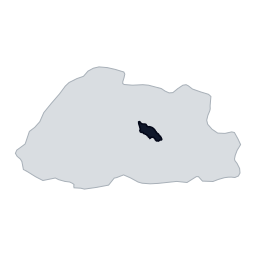 location of Chhume, Bumthang, Bhutan
{"feature_id": "84629894B49965990869274", "entity_name": "Chhume", "entity_type": "district", "adm_level": 2, "iso_a3": "BTN", "parent_name": "Bhutan", "parent_adm1": "Bumthang", "projection": "mercator", "projection_center": [90.767, 27.465], "detail": "fine", "context": "in_parent", "style": "filled", "palette": "ink", "viewbox_px": 256, "rotation_deg": 0, "n_neighbors": 0, "source": "geoboundaries", "source_scale": "gbopen_adm2", "svg_char_len": 4820}
<svg xmlns="http://www.w3.org/2000/svg" viewBox="0 0 256 256"><path d="M210.2,108.9L209.8,110.7L207.9,115.3L206.7,120.2L207.7,124.3L212.0,129.2L217.7,133.1L225.0,133.4L231.7,131.9L234.4,132.5L238.0,139.0L240.6,144.6L237.1,150.4L235.2,155.4L234.5,159.0L234.9,160.6L237.1,163.5L239.6,168.5L240.0,173.0L238.4,176.0L234.9,177.5L231.2,177.1L228.2,177.2L224.4,177.7L218.4,179.4L212.9,181.5L202.5,181.1L198.4,176.6L196.4,176.6L187.0,182.5L176.7,181.4L158.0,183.4L150.1,183.8L142.1,183.2L138.0,182.0L130.5,177.9L123.6,174.9L116.6,177.6L114.2,178.1L108.6,185.1L96.5,187.4L84.4,189.1L80.8,188.2L74.0,187.8L73.8,186.1L74.0,184.5L72.4,183.3L69.7,182.0L64.9,181.4L58.8,179.7L55.3,178.0L42.9,180.5L35.7,176.8L27.5,171.7L23.4,169.5L21.9,161.6L20.4,159.1L17.2,156.4L15.4,153.3L16.8,150.1L25.0,144.1L25.6,142.7L29.4,131.4L34.7,127.4L39.8,121.7L43.8,112.6L51.3,103.4L59.6,93.8L65.3,86.1L69.1,82.5L76.9,78.6L83.5,76.3L88.0,71.1L93.4,68.2L99.0,66.9L107.3,67.6L115.2,69.4L123.8,72.0L124.8,74.1L124.0,77.8L122.8,81.6L122.7,83.5L124.1,84.5L132.5,85.2L142.8,84.7L148.5,85.2L161.4,88.6L165.1,91.1L169.1,92.9L172.9,92.6L177.8,88.6L182.9,85.2L186.1,84.7L188.3,85.8L192.4,89.0L200.9,92.0L208.5,94.3L210.9,96.5L210.1,105.8L210.2,108.9Z" fill="#d9dde1" stroke="#a8b0b8" stroke-width="1"/><path d="M138.6,121.9L138.6,122.3L138.7,122.5L138.7,123.0L138.7,123.3L138.7,123.5L138.8,123.8L138.8,124.0L138.9,124.3L139.1,124.5L139.2,124.9L139.3,125.0L139.2,125.2L139.2,125.3L139.3,125.5L139.4,125.9L139.4,126.0L139.5,126.1L139.6,126.3L139.7,126.5L139.8,126.6L139.9,126.9L139.9,127.0L139.8,127.3L139.8,127.5L140.0,127.8L140.0,128.1L140.1,128.3L140.2,128.5L140.3,128.6L140.2,128.7L140.2,129.0L140.3,129.4L140.4,129.7L140.4,129.8L140.1,129.9L139.9,130.1L139.8,130.3L140.0,130.6L140.0,130.8L140.0,131.1L140.1,131.3L140.2,131.5L140.3,131.7L140.3,131.8L140.5,132.0L141.1,132.3L141.3,132.3L141.5,132.4L141.8,132.4L142.1,132.3L142.3,132.3L142.5,132.3L143.0,132.5L143.3,132.6L143.3,132.8L143.2,132.9L143.2,133.0L143.3,133.1L143.4,133.3L143.5,133.4L143.7,133.5L143.9,133.6L144.2,133.6L144.4,133.8L144.6,133.8L145.3,133.9L145.5,134.3L145.8,134.4L146.1,134.4L146.5,134.5L146.6,134.8L146.9,135.0L147.0,135.2L147.0,135.3L147.1,135.5L147.3,135.5L147.5,135.5L147.8,135.8L147.9,136.0L148.0,136.1L148.2,136.3L148.2,136.5L148.3,136.8L148.5,136.9L148.7,137.0L148.9,137.3L149.0,137.4L149.3,137.4L149.5,137.4L149.5,137.5L149.6,137.9L149.6,138.0L149.9,138.4L150.0,138.3L150.3,138.2L150.5,138.1L150.5,137.9L150.6,137.7L150.9,137.4L151.0,137.4L151.4,137.3L151.5,137.2L151.7,137.3L151.8,137.2L152.2,137.2L152.4,137.2L152.7,137.2L152.8,137.3L153.0,137.3L153.3,137.3L153.6,137.4L153.9,137.6L154.0,137.8L154.2,138.2L154.4,138.3L154.6,138.4L154.8,138.5L155.1,138.8L155.0,139.0L155.1,139.3L155.2,139.6L155.3,139.6L155.5,139.9L155.6,140.1L155.8,140.2L156.0,140.3L156.2,140.6L156.3,140.7L156.4,140.9L156.6,140.9L156.8,140.9L156.9,140.7L157.0,140.6L157.4,140.6L157.6,140.6L157.8,140.7L157.9,140.8L158.0,140.9L158.1,141.1L158.3,141.1L158.6,141.0L158.7,140.9L158.9,140.8L158.9,140.7L159.0,140.6L159.2,140.4L159.4,140.3L159.5,140.3L159.5,140.2L159.8,140.1L160.0,139.9L160.4,139.9L160.6,139.9L160.8,139.9L161.0,139.9L161.5,139.9L161.6,139.7L161.7,139.4L161.8,139.2L161.7,139.0L161.7,138.9L161.5,138.7L161.4,138.4L161.3,138.2L161.2,137.9L161.1,137.6L161.1,137.4L160.9,137.2L160.7,137.1L160.6,136.9L160.5,136.7L160.4,136.5L160.4,136.4L160.1,136.4L160.0,136.2L159.9,136.0L159.8,135.9L159.7,135.9L159.4,135.8L159.3,135.7L159.2,135.6L159.2,135.4L159.1,135.2L158.9,135.1L158.8,134.8L158.8,134.6L158.7,134.5L158.7,134.4L158.4,134.2L158.2,133.8L158.0,133.7L157.9,133.7L157.7,133.7L157.4,133.5L157.3,133.4L157.2,133.2L157.0,132.9L156.9,132.8L156.7,132.7L156.4,132.7L156.3,132.4L156.1,132.3L156.1,132.2L156.2,131.8L156.1,131.7L155.9,131.5L155.7,131.4L155.5,131.1L155.4,131.0L155.3,130.9L155.2,130.5L155.0,130.4L154.9,130.2L154.8,129.9L154.7,129.9L154.3,129.6L154.2,129.3L154.2,129.2L153.9,129.0L153.8,128.9L153.7,128.7L153.4,128.6L153.2,128.4L153.0,128.1L152.8,127.9L152.6,127.9L152.4,127.8L152.2,127.6L151.9,127.4L151.6,127.3L151.4,127.2L150.9,127.1L150.6,127.0L150.4,126.9L150.1,126.8L149.9,126.7L149.7,126.7L149.3,126.7L148.8,126.7L148.6,126.8L148.4,126.8L148.0,126.7L147.8,126.6L147.6,126.6L147.4,126.5L147.3,126.3L147.2,126.3L147.2,126.1L146.9,126.0L146.8,125.9L146.7,125.8L146.6,125.7L146.4,125.1L146.2,124.7L146.0,124.4L145.7,124.3L145.5,124.2L145.2,124.1L144.8,124.1L144.7,124.0L144.3,124.0L144.1,124.1L143.9,124.1L143.7,124.1L143.3,124.1L143.2,124.1L143.0,123.9L142.7,123.9L142.1,123.9L141.9,123.9L141.7,123.8L141.6,123.7L141.4,123.5L141.2,123.3L141.1,123.2L140.8,122.9L140.7,122.8L140.6,122.7L140.4,122.6L140.2,122.3L140.2,122.2L140.0,121.9L139.9,121.8L139.7,121.6L139.4,121.7L139.2,121.7L139.0,121.9L138.8,121.8L138.6,121.9L138.6,121.9Z" fill="#0f172a" stroke="#020617" stroke-width="1.5"/></svg>